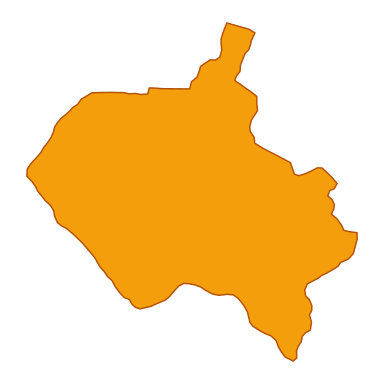 the district of Jitaúna, Bahia, Brazil
{"feature_id": "56859067B22385713067819", "entity_name": "Jitaúna", "entity_type": "district", "adm_level": 2, "iso_a3": "BRA", "parent_name": "Brazil", "parent_adm1": "Bahia", "projection": "mercator", "projection_center": [-39.857, -13.954], "detail": "fine", "context": "isolated", "style": "filled", "palette": "amber", "viewbox_px": 384, "rotation_deg": 0, "n_neighbors": 0, "source": "geoboundaries", "source_scale": "gbopen_adm2", "svg_char_len": 2110}
<svg xmlns="http://www.w3.org/2000/svg" viewBox="0 0 384 384"><path d="M296.7,358.0L296.6,350.4L298.4,346.2L301.3,341.7L302.2,336.4L305.6,332.7L310.3,330.1L311.5,322.2L309.5,315.2L311.8,310.1L311.8,305.4L309.3,299.6L305.7,296.0L304.7,290.1L307.4,283.8L313.2,280.8L318.0,278.4L321.5,275.5L326.4,273.3L333.7,269.0L337.8,266.5L340.7,262.4L348.5,259.0L353.3,253.6L357.2,239.2L357.0,232.7L349.5,231.7L343.9,230.4L341.4,225.0L337.0,218.9L331.4,214.1L333.7,209.3L334.4,204.5L332.0,199.6L327.8,195.9L329.7,190.6L334.1,188.8L337.1,183.6L331.7,177.1L327.8,173.3L322.0,168.0L317.4,167.8L310.7,171.3L305.2,173.8L299.1,175.6L294.4,174.3L290.4,162.6L285.1,159.8L262.9,148.3L254.7,143.1L254.1,137.2L250.2,131.5L249.7,126.8L251.5,119.9L254.4,115.4L257.5,110.8L256.8,103.0L256.8,96.4L251.3,92.1L234.7,80.4L236.4,76.1L240.0,71.4L240.5,64.9L243.0,58.8L245.1,53.4L248.6,49.9L250.3,45.3L251.3,40.8L254.9,32.9L249.1,29.3L226.9,23.0L224.4,28.8L222.4,34.6L221.1,39.1L221.1,43.8L221.8,50.1L219.8,57.1L215.5,60.1L210.4,59.8L205.0,63.3L200.5,66.4L199.2,71.4L197.0,77.1L191.4,81.9L189.7,88.9L161.5,88.7L156.9,88.2L149.3,87.9L147.7,94.0L140.6,94.5L135.3,93.4L129.2,93.9L123.8,92.6L108.8,92.4L92.3,92.7L81.3,99.1L77.6,104.4L72.6,107.6L69.7,111.0L65.8,114.5L61.3,118.2L57.4,122.7L54.6,127.0L53.6,131.4L51.1,137.5L47.0,143.6L43.8,147.3L41.0,152.3L37.1,157.0L30.9,163.6L27.3,169.1L26.8,176.1L32.0,181.6L35.4,186.3L37.7,191.1L41.2,195.4L45.3,200.6L50.6,205.6L53.8,210.9L54.5,215.9L57.5,222.7L61.6,225.9L66.2,228.2L72.3,233.4L79.4,240.0L83.5,244.3L90.5,252.5L94.9,257.8L99.8,266.7L104.0,271.2L107.1,276.0L112.2,280.8L115.0,286.3L120.1,293.1L124.3,297.6L129.4,299.5L132.1,304.4L135.5,307.4L140.1,308.9L145.3,307.6L150.8,306.4L157.2,303.5L165.4,300.0L169.3,296.8L173.2,292.1L178.6,286.1L183.9,283.3L189.2,283.8L194.6,284.8L200.7,287.0L206.0,290.6L212.8,294.1L219.1,295.3L227.4,294.3L233.3,294.9L238.1,298.3L241.5,302.4L244.2,306.1L247.4,311.8L248.5,316.3L250.0,322.6L253.0,326.4L260.2,330.9L265.6,333.7L271.0,335.9L276.1,340.6L278.4,346.9L281.4,352.0L285.1,357.0L293.3,361.0L296.7,358.0Z" fill="#f59e0b" stroke="#b45309" stroke-width="1.5"/></svg>